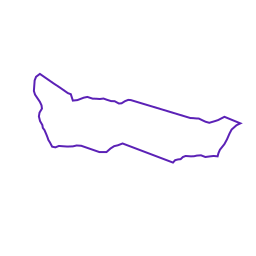 outline of Américo Brasiliense, São Paulo, Brazil, rotated 20°
{"feature_id": "56859067B22191698806388", "entity_name": "Américo Brasiliense", "entity_type": "district", "adm_level": 2, "iso_a3": "BRA", "parent_name": "Brazil", "parent_adm1": "São Paulo", "projection": "albers", "projection_center": [-48.034, -21.724], "detail": "fine", "context": "isolated", "style": "outline", "palette": "violet", "viewbox_px": 256, "rotation_deg": 20, "n_neighbors": 0, "source": "geoboundaries", "source_scale": "gbopen_adm2", "svg_char_len": 1154}
<svg xmlns="http://www.w3.org/2000/svg" viewBox="0 0 256 256"><g transform="rotate(20 128 128)"><path d="M232.0,85.2L214.8,84.5L210.0,89.7L207.6,91.6L202.6,95.3L198.7,95.6L195.3,95.3L191.3,94.9L188.8,95.7L185.7,96.5L183.2,97.3L121.1,100.8L118.6,101.5L116.0,103.8L113.5,107.0L111.1,108.1L106.3,107.4L102.9,108.5L98.4,108.7L94.9,108.7L91.6,110.4L88.0,111.4L84.8,112.5L79.2,112.7L76.1,114.6L70.9,119.1L66.8,121.1L62.7,115.8L59.6,115.8L50.6,113.4L42.6,111.5L26.7,107.3L24.1,111.3L24.0,115.2L26.9,125.4L29.2,128.4L31.5,130.1L36.2,133.5L39.0,136.3L40.5,139.2L39.6,143.8L40.3,147.6L43.0,151.6L46.5,154.5L47.9,157.0L50.2,158.5L53.5,162.0L55.7,164.5L57.3,166.5L59.5,168.2L63.1,171.5L66.4,171.0L69.2,168.5L72.8,167.5L77.3,166.2L82.5,164.1L85.7,162.0L90.1,160.7L102.8,160.5L109.4,160.4L116.0,158.0L118.6,153.2L121.2,149.8L124.4,147.7L128.2,144.4L182.1,145.1L183.3,142.1L185.8,140.4L188.1,139.3L189.5,136.5L191.7,134.6L196.9,133.1L199.8,131.9L202.1,130.4L205.9,128.7L210.6,128.8L214.6,126.7L218.0,125.0L221.9,124.0L221.6,120.8L221.8,117.0L224.1,110.2L224.9,104.8L225.3,98.4L225.9,94.0L229.0,88.3L232.0,85.2Z" fill="none" stroke="#5b21b6" stroke-width="2"/></g></svg>